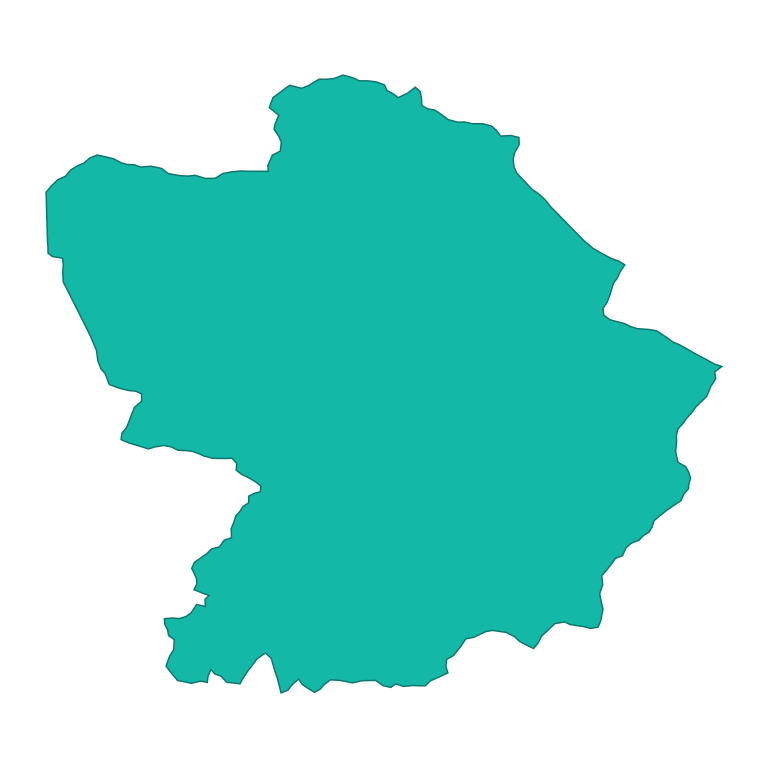 outline of Olímpia, São Paulo, Brazil, rotated 270°
{"feature_id": "56859067B84297955645286", "entity_name": "Olímpia", "entity_type": "district", "adm_level": 2, "iso_a3": "BRA", "parent_name": "Brazil", "parent_adm1": "São Paulo", "projection": "robinson", "projection_center": [-48.975, -20.708], "detail": "fine", "context": "isolated", "style": "filled", "palette": "teal", "viewbox_px": 768, "rotation_deg": 270, "n_neighbors": 0, "source": "geoboundaries", "source_scale": "gbopen_adm2", "svg_char_len": 3828}
<svg xmlns="http://www.w3.org/2000/svg" viewBox="0 0 768 768"><g transform="rotate(270 384 384)"><path d="M96.6,170.0L87.6,177.5L84.7,191.5L86.9,200.6L85.6,207.3L92.0,208.0L98.5,211.0L94.0,214.8L92.0,220.8L85.8,226.6L84.2,240.0L90.3,243.3L97.9,248.5L109.3,257.2L115.0,265.4L109.6,271.3L104.0,272.8L95.2,275.5L89.6,277.4L83.0,279.1L75.1,281.0L77.7,287.8L83.6,292.4L88.9,298.6L83.3,302.6L79.6,308.0L75.7,314.6L78.8,320.2L83.0,323.8L88.2,330.5L87.6,340.0L86.5,346.0L85.1,352.3L87.3,362.1L87.6,375.6L82.2,383.3L80.6,390.9L84.2,395.7L81.6,403.2L82.5,413.0L82.2,419.2L82.2,425.3L87.1,430.3L90.7,438.4L95.2,447.9L101.2,445.9L108.5,446.5L112.4,453.4L122.3,461.3L129.1,465.8L130.8,474.0L133.6,479.8L136.4,485.6L137.6,492.5L136.5,500.0L135.6,506.2L131.3,514.6L126.6,519.5L122.9,526.6L119.5,533.6L125.5,538.5L131.7,541.4L136.5,546.6L144.3,554.7L146.1,564.5L143.6,569.7L142.5,575.9L141.6,582.8L139.6,590.5L140.9,598.1L147.2,600.7L158.8,603.0L167.2,601.0L174.2,599.7L183.4,602.7L192.1,601.7L199.4,607.8L204.8,612.1L209.6,615.4L212.4,622.5L220.3,626.1L224.8,631.3L227.9,639.1L232.4,643.3L235.6,648.7L241.2,652.2L247.1,653.9L252.2,659.7L257.1,665.9L262.4,673.4L267.2,680.8L274.2,684.1L279.0,688.3L284.7,689.0L289.7,690.6L295.9,688.7L301.3,685.7L305.8,677.9L316.4,675.6L326.5,676.6L332.3,676.3L338.9,677.9L344.7,683.1L349.2,686.1L355.8,692.2L361.1,695.8L367.7,702.7L371.9,706.9L376.7,708.8L381.8,710.9L389.2,715.7L396.1,714.7L401.5,721.9L403.8,714.7L409.2,704.9L412.3,698.8L415.0,693.9L419.0,687.1L423.3,679.3L426.0,672.8L430.0,667.5L437.1,656.8L438.4,649.9L439.4,637.2L441.3,630.8L444.5,624.2L446.7,615.6L448.3,609.8L452.9,603.7L459.7,603.0L465.6,607.1L472.9,609.8L484.8,613.5L489.4,617.0L496.4,620.2L503.1,624.8L506.7,619.0L509.7,610.8L515.2,600.7L519.5,593.2L527.1,584.2L561.1,550.8L567.0,546.2L571.4,541.8L575.2,537.2L579.0,531.6L587.6,523.7L594.7,516.9L600.8,514.1L608.2,513.1L615.2,514.6L623.5,519.2L630.5,518.9L632.5,511.0L631.9,500.6L637.8,496.2L641.9,491.6L644.3,482.7L644.3,472.3L646.0,464.4L645.8,457.7L648.4,448.2L654.7,439.7L657.9,434.8L659.2,427.7L662.4,421.8L669.3,421.5L676.5,420.2L680.8,415.3L674.5,407.2L670.4,398.0L674.2,393.2L677.4,387.2L683.2,384.3L686.2,375.9L687.2,367.1L687.2,359.3L690.4,352.4L692.9,342.9L689.5,334.2L688.7,326.4L688.8,319.2L685.6,313.6L682.5,308.8L679.7,301.5L682.7,289.6L675.7,280.1L670.4,273.0L660.5,269.3L652.6,278.8L644.7,275.3L638.7,274.1L631.7,278.8L626.0,281.3L616.9,280.3L612.8,272.3L602.3,267.8L596.7,268.4L596.7,259.1L596.7,249.7L597.0,240.0L596.1,231.2L594.4,222.7L589.7,215.2L589.6,205.2L592.7,195.0L591.9,188.2L592.5,178.8L594.4,168.3L599.6,161.5L601.8,151.0L600.9,140.7L603.2,134.4L603.5,127.2L605.2,121.1L609.2,113.6L611.4,104.4L613.0,97.2L610.0,89.8L604.7,83.7L602.6,78.3L598.1,70.8L591.6,65.3L588.3,57.8L582.0,51.3L575.8,46.1L526.7,47.5L520.3,48.0L514.9,48.0L511.4,52.6L509.8,62.5L503.5,63.3L495.1,62.7L486.0,63.3L479.9,66.4L432.7,90.1L417.9,96.4L406.9,97.9L398.8,101.2L394.5,105.1L383.5,109.3L379.8,119.3L377.5,128.6L376.8,135.7L374.1,141.6L366.8,141.6L360.6,134.4L351.2,130.8L340.5,126.6L334.6,121.8L328.4,121.1L325.0,129.1L323.1,135.5L319.1,148.4L321.1,155.0L322.5,163.8L321.1,171.3L317.7,178.1L317.4,186.3L316.6,192.5L314.4,198.6L311.8,204.4L309.7,212.9L309.5,221.4L309.7,232.1L304.5,236.8L297.9,236.1L293.7,241.4L290.6,248.1L286.3,255.3L282.1,260.9L276.2,260.3L274.8,254.6L271.9,248.8L265.2,248.7L261.5,242.9L256.7,240.0L252.2,235.8L245.9,233.9L239.4,231.2L230.2,231.5L227.9,224.3L221.1,219.4L219.1,211.6L213.8,206.2L210.6,201.5L205.6,194.4L199.6,191.7L193.8,194.6L188.9,196.7L183.8,196.7L178.3,194.0L175.3,201.5L172.5,209.1L168.6,205.0L161.5,205.4L163.5,196.7L154.8,190.8L151.3,185.5L149.4,179.1L150.0,172.5L149.3,164.4L144.0,164.7L138.1,167.6L132.4,168.6L128.5,174.2L118.6,173.8L111.8,169.6L102.0,166.1L96.6,170.0Z" fill="#14b8a6" stroke="#0f766e" stroke-width="1.5"/></g></svg>